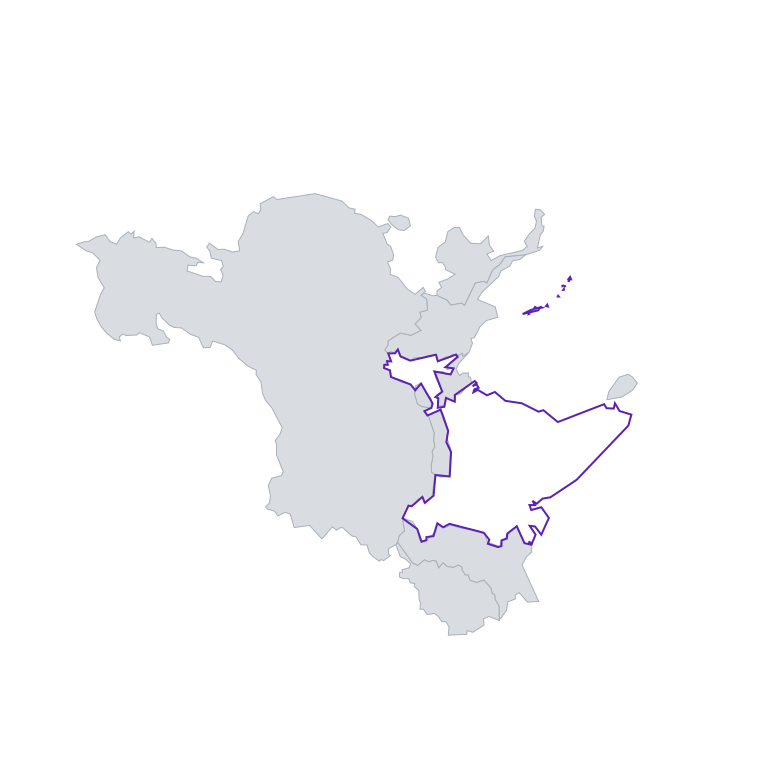 India shown with its bordering countries, rotated 243°
{"feature_id": "IND", "entity_name": "India", "entity_type": "country or territory", "adm_level": 0, "iso_a3": "IND", "parent_name": "Asia", "parent_adm1": "", "projection": "albers", "projection_center": [83.514, 21.122], "detail": "medium", "context": "with_neighbors", "style": "outline", "palette": "violet", "viewbox_px": 768, "rotation_deg": 243, "n_neighbors": 9, "source": "natural_earth", "source_scale": "50m", "svg_char_len": 8692}
<svg xmlns="http://www.w3.org/2000/svg" viewBox="0 0 768 768"><g transform="rotate(243 384 384)"><path d="M489.2,522.3L480.9,522.1L469.9,525.3L465.2,533.5L468.6,544.2L460.1,541.0L452.6,542.0L453.1,534.7L445.4,535.6L445.7,545.6L440.2,567.7L441.4,574.1L447.3,573.8L451.8,581.7L454.3,589.3L459.9,593.8L465.6,594.3L470.9,598.3L468.3,602.3L462.3,604.1L461.1,599.6L453.2,596.5L451.8,598.2L447.8,595.2L445.8,590.9L435.6,582.5L434.6,587.9L432.5,583.1L434.8,568.5L442.3,549.8L438.0,541.8L436.2,532.6L427.2,521.5L430.1,519.5L432.5,511.3L417.5,491.6L420.9,489.6L423.9,479.3L429.8,478.3L438.9,471.3L442.9,473.7L443.9,479.2L449.7,479.0L448.6,488.9L449.7,497.1L458.1,490.6L460.9,491.9L465.8,491.1L467.1,487.7L473.6,487.5L481.1,494.1L482.8,503.1L490.8,510.1L491.5,517.8L489.2,522.3Z" fill="#d9dde1" stroke="#a8b0b8" stroke-width="1"/><path d="M438.9,471.3L429.8,478.3L423.9,479.3L420.9,489.6L417.5,491.6L432.5,511.3L430.1,519.5L427.2,521.5L436.2,532.6L438.0,541.8L442.3,549.8L434.8,568.5L433.3,561.8L435.4,554.6L431.9,549.5L431.7,539.5L427.7,535.1L421.3,513.0L416.9,505.7L402.3,518.1L391.8,515.8L394.0,504.2L391.6,495.7L384.3,485.5L385.1,482.1L380.1,481.3L373.7,474.1L372.7,466.7L375.7,467.9L375.5,461.3L379.5,458.8L378.4,455.0L380.1,451.7L379.8,442.1L386.4,443.8L389.5,436.0L389.6,431.5L393.5,423.4L392.9,418.2L402.8,411.1L408.7,412.3L407.6,406.7L410.2,404.7L409.3,401.3L413.9,400.2L417.1,405.4L420.7,407.2L422.0,421.8L415.1,430.2L415.0,441.2L423.5,438.9L426.3,447.2L431.7,448.5L430.1,456.3L440.3,460.5L446.1,457.2L446.8,460.9L440.4,467.7L438.9,471.3Z" fill="#d9dde1" stroke="#a8b0b8" stroke-width="1"/><path d="M375.5,461.3L375.7,467.9L372.7,466.7L373.7,474.1L368.5,460.3L364.7,455.1L357.1,455.1L358.0,458.9L355.6,464.2L352.0,462.4L350.8,464.2L345.2,462.5L343.6,455.0L340.6,448.1L341.8,442.5L336.7,440.2L338.4,436.7L343.4,433.1L337.3,428.4L340.0,422.1L346.6,425.9L350.4,426.2L351.4,432.6L366.8,433.0L371.6,434.3L368.2,442.3L364.6,443.0L362.3,448.4L367.0,453.0L368.1,447.0L370.4,446.9L375.5,461.3Z" fill="#d9dde1" stroke="#a8b0b8" stroke-width="1"/><path d="M361.1,406.6L368.1,411.6L367.9,417.3L354.5,417.6L349.5,419.3L342.0,416.0L341.8,414.2L346.8,407.2L351.1,404.7L361.1,406.6Z" fill="#d9dde1" stroke="#a8b0b8" stroke-width="1"/><path d="M336.1,409.1L336.0,422.5L329.2,422.8L313.2,420.1L308.5,415.5L297.5,414.3L272.0,400.9L275.2,392.4L283.6,386.2L289.9,389.0L297.8,395.0L302.2,396.3L304.9,400.7L311.1,402.5L317.6,406.4L336.1,409.1Z" fill="#d9dde1" stroke="#a8b0b8" stroke-width="1"/><path d="M256.2,339.6L248.6,346.9L240.0,347.8L228.6,345.0L224.6,348.7L229.2,363.0L235.2,367.8L228.3,372.7L228.1,379.2L219.9,387.9L214.4,396.8L205.4,405.8L196.2,404.4L186.5,413.3L191.5,417.9L191.8,425.0L196.0,430.0L197.0,438.1L179.0,436.5L173.0,442.2L167.2,439.3L165.4,432.4L159.9,424.8L120.0,423.1L124.5,412.9L136.7,409.7L136.5,405.4L132.9,403.4L133.7,395.4L126.7,390.4L121.1,379.2L133.6,385.6L141.6,385.2L146.2,387.0L148.0,385.2L153.4,386.6L164.0,383.9L165.1,376.2L170.0,371.6L175.8,372.2L176.9,369.7L182.9,369.1L185.7,370.2L189.0,367.9L189.0,362.5L192.8,357.3L197.8,355.4L195.3,349.2L202.6,350.1L204.9,347.0L204.8,343.6L208.9,340.1L206.9,331.7L211.6,328.2L236.7,324.2L242.0,328.6L243.9,335.5L256.2,339.6Z" fill="#d9dde1" stroke="#a8b0b8" stroke-width="1"/><path d="M172.4,317.1L176.6,317.6L184.2,321.3L189.8,319.0L192.2,320.9L195.0,317.1L199.4,317.6L201.7,312.9L205.1,310.1L209.0,312.4L208.0,315.1L210.2,315.7L208.9,323.0L211.7,326.1L217.8,323.8L222.7,320.2L235.5,321.6L236.7,324.2L211.6,328.2L206.9,331.7L208.9,340.1L204.8,343.6L204.9,347.0L202.6,350.1L195.3,349.2L197.8,355.4L192.8,357.3L189.0,362.5L189.0,367.9L185.7,370.2L182.9,369.1L176.9,369.7L175.8,372.2L170.0,371.6L165.1,376.2L164.0,383.9L153.4,386.6L148.0,385.2L146.2,387.0L141.6,385.2L133.6,385.6L121.1,379.2L129.3,371.9L129.5,366.0L123.8,363.7L122.5,350.4L126.5,346.0L123.4,344.2L131.0,327.3L138.2,331.7L144.0,331.3L146.1,327.5L152.2,326.9L156.7,324.7L159.0,317.8L165.5,316.8L167.0,313.8L172.4,317.1Z" fill="#d9dde1" stroke="#a8b0b8" stroke-width="1"/><path d="M283.4,596.5L281.9,605.8L278.0,608.3L269.9,610.2L265.7,603.0L264.4,590.0L268.8,575.5L274.9,580.6L283.4,596.5Z" fill="#d9dde1" stroke="#a8b0b8" stroke-width="1"/><path d="M520.4,481.1L513.0,479.4L511.6,471.6L515.0,466.8L523.7,462.8L528.6,462.2L531.0,465.3L528.0,470.0L527.0,475.5L520.4,481.1ZM275.8,280.1L275.3,275.3L280.2,273.1L274.1,258.4L291.8,253.5L296.9,238.8L310.7,241.4L314.5,237.7L314.7,229.6L320.4,228.8L325.5,223.4L328.2,222.7L330.2,228.2L336.1,232.2L346.1,234.9L351.1,241.2L348.9,250.9L351.6,254.4L369.6,256.0L378.4,260.7L382.9,261.3L386.7,268.8L391.3,273.5L414.1,273.2L423.5,271.0L430.7,271.5L441.9,275.4L450.6,274.3L454.1,276.5L461.8,270.8L472.9,266.2L483.5,264.2L491.3,259.9L500.0,250.9L495.6,245.5L498.3,239.6L509.8,240.0L515.9,234.3L525.8,229.1L529.7,222.7L534.1,219.4L543.7,216.2L549.3,215.9L549.4,212.9L542.0,208.7L536.0,207.4L531.5,211.4L524.5,211.6L520.9,213.4L518.5,210.5L523.7,195.2L532.4,196.4L540.7,189.5L539.9,186.1L544.0,176.8L547.1,173.5L546.0,169.5L542.0,168.6L546.6,163.7L554.3,160.4L562.8,158.1L573.0,157.8L579.4,158.9L592.2,171.7L596.7,178.4L608.8,177.6L618.2,180.7L623.1,187.1L633.1,184.0L637.9,179.1L648.0,173.4L646.8,181.4L645.2,185.1L645.6,194.3L643.6,203.4L635.0,204.6L630.0,209.2L633.9,215.5L635.8,225.3L632.4,226.6L633.7,230.7L627.8,227.2L626.4,232.6L616.7,239.3L619.1,243.3L613.0,244.7L608.9,243.0L605.7,250.2L599.2,256.8L594.8,263.7L585.5,268.7L581.2,273.9L574.0,278.1L576.9,273.2L574.6,270.3L578.9,263.3L574.1,259.8L561.9,271.9L558.7,278.4L551.8,280.4L549.0,285.2L554.0,290.2L560.3,290.3L561.4,294.1L567.7,295.3L574.5,287.3L581.7,289.1L586.4,288.2L588.7,292.4L579.0,297.3L576.7,302.8L570.5,308.8L568.1,315.8L577.2,318.8L582.1,326.7L595.4,339.3L596.8,345.9L592.6,349.4L595.6,353.7L600.8,355.4L601.1,370.5L597.0,372.3L584.9,409.0L566.0,429.7L557.0,432.6L552.8,437.6L549.4,435.2L545.6,440.6L535.0,447.2L526.5,450.1L525.3,460.2L520.8,461.5L517.5,455.3L518.9,451.4L507.3,450.3L503.7,452.4L495.0,451.3L490.5,448.1L491.1,442.6L483.3,442.0L478.9,439.1L472.6,445.0L458.1,447.8L449.8,452.4L452.3,462.8L447.8,463.0L446.1,457.2L440.3,460.5L430.1,456.3L431.7,448.5L426.3,447.2L423.5,438.9L415.0,441.2L415.1,430.2L422.0,421.8L420.7,407.2L417.1,405.4L413.9,400.2L409.3,401.3L400.6,400.7L403.0,396.6L398.8,391.2L393.5,395.5L386.7,393.7L378.0,400.2L371.1,407.4L364.7,408.9L361.1,406.6L351.1,404.7L346.8,407.2L341.8,414.2L340.9,407.0L336.1,409.1L317.6,406.4L311.1,402.5L304.9,400.7L302.2,396.3L297.8,395.0L289.9,389.0L283.6,386.2L280.3,388.3L262.0,375.7L260.1,365.7L265.6,367.1L266.0,362.4L263.1,357.7L264.0,350.4L256.2,339.6L243.9,335.5L242.0,328.6L236.7,324.2L235.5,321.6L235.1,313.1L230.7,310.8L228.2,311.6L226.8,303.4L229.1,301.5L228.2,299.4L235.4,295.7L240.5,294.3L248.2,295.8L251.2,290.4L260.5,289.7L263.2,286.4L274.7,282.0L275.8,280.1Z" fill="#d9dde1" stroke="#a8b0b8" stroke-width="1"/><path d="M173.4,443.1L178.4,436.9L197.0,437.7L194.7,425.8L190.5,423.2L191.3,417.7L186.3,415.1L186.9,411.6L194.5,404.0L197.4,407.1L206.1,405.4L229.7,378.8L229.5,371.6L235.7,368.3L226.0,359.0L228.3,352.3L225.7,350.9L226.4,345.8L239.7,347.8L255.9,339.6L264.5,350.6L262.5,353.1L266.0,366.9L259.5,366.5L262.0,377.5L279.5,388.5L271.8,400.5L292.9,412.9L303.8,413.1L313.1,419.9L335.4,422.8L336.2,408.4L341.5,407.7L341.2,415.4L344.6,418.5L367.6,417.2L364.2,409.0L371.5,407.5L387.1,393.4L393.4,395.5L398.2,391.3L400.9,392.9L399.4,396.1L403.0,397.2L400.9,400.6L409.3,401.7L406.3,407.8L408.4,412.0L401.0,411.2L392.9,418.0L386.5,443.6L379.8,442.3L377.5,461.6L374.7,461.9L371.1,446.3L366.3,453.1L362.3,447.7L372.3,434.6L350.7,432.4L349.0,423.9L346.7,425.9L338.4,421.1L336.3,427.4L343.5,432.9L336.1,439.0L342.0,442.1L345.5,466.2L342.9,467.0L341.9,462.0L341.6,466.3L337.7,466.6L338.2,462.0L336.0,459.9L336.2,464.9L327.2,470.6L326.5,479.2L313.9,484.5L304.2,498.1L289.2,509.1L288.3,514.1L271.2,521.6L266.1,570.9L261.4,571.3L257.8,577.5L262.0,581.0L253.0,581.6L244.4,590.5L236.0,582.8L211.2,512.2L207.5,480.8L209.9,473.2L208.0,465.7L212.4,463.3L207.6,463.5L210.1,458.7L204.9,458.0L202.8,468.2L189.8,470.1L178.3,455.7L188.5,453.9L191.5,449.4L181.0,450.7L174.8,443.5L178.0,441.2L173.4,443.1ZM381.5,557.8L379.6,554.9L383.4,539.3L383.3,548.6L381.5,557.8ZM394.9,598.4L392.4,598.2L393.8,596.1L394.9,598.4ZM380.6,565.5L378.6,565.2L379.9,563.8L380.6,565.5ZM389.2,589.4L389.2,590.6L388.9,589.5L389.2,589.4ZM390.5,587.5L390.2,589.2L390.2,587.4L390.5,587.5ZM392.5,594.6L392.1,596.0L391.7,595.5L392.5,594.6ZM383.5,579.2L382.6,579.4L383.0,578.6L383.5,579.2ZM381.2,558.5L380.4,559.3L380.7,558.1L381.2,558.5ZM383.8,553.1L384.3,554.4L383.3,553.5L383.8,553.1ZM387.0,587.4L386.3,587.2L386.5,586.5L387.0,587.4ZM380.8,545.0L380.5,546.3L380.6,544.8L380.8,545.0Z" fill="none" stroke="#5b21b6" stroke-width="2"/></g></svg>